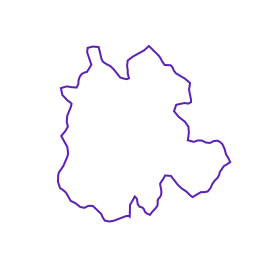 Erzurum, Natural Earth projection, rotated 70°
{"feature_id": "TUR-2299", "entity_name": "Erzurum", "entity_type": "Province", "adm_level": 1, "iso_a3": "TUR", "parent_name": "Turkey", "parent_adm1": "", "projection": "natural_earth1", "projection_center": [41.622, 40.047], "detail": "fine", "context": "isolated", "style": "outline", "palette": "violet", "viewbox_px": 256, "rotation_deg": 70, "n_neighbors": 0, "source": "natural_earth", "source_scale": "10m", "svg_char_len": 1818}
<svg xmlns="http://www.w3.org/2000/svg" viewBox="0 0 256 256"><g transform="rotate(70 128 128)"><path d="M207.1,181.4L205.5,181.9L202.7,182.4L199.7,182.5L189.2,187.7L187.6,191.9L188.1,196.3L185.9,199.9L180.6,203.1L179.1,204.7L176.8,206.8L167.4,208.4L164.2,210.2L161.2,212.4L154.5,212.2L148.0,209.5L146.1,208.1L141.7,201.9L134.1,194.7L131.2,192.9L125.1,191.5L112.7,193.5L109.5,188.0L106.1,184.0L101.4,183.5L95.7,180.9L88.2,174.1L85.8,172.7L83.6,173.9L81.4,175.5L74.5,178.4L67.6,177.4L67.9,171.5L70.6,166.5L72.4,162.5L69.9,159.7L66.7,158.4L63.8,156.3L62.4,154.6L61.3,152.6L61.0,150.0L61.2,147.3L56.1,140.8L42.9,140.5L38.9,138.5L39.5,133.0L41.9,127.9L54.4,129.3L57.2,128.9L60.6,126.4L63.9,123.3L68.2,121.3L77.8,118.1L79.9,115.5L81.8,112.1L81.6,110.1L76.5,109.6L74.3,108.7L69.3,107.6L64.5,105.2L62.6,99.2L60.5,86.1L58.1,80.3L70.5,74.4L73.6,73.6L76.7,73.2L81.3,72.0L83.6,66.5L86.3,65.4L89.7,65.3L93.0,64.3L101.1,57.6L107.0,54.3L113.0,57.6L122.4,59.0L125.2,59.9L125.7,63.0L123.8,66.5L122.7,74.7L127.9,79.0L135.0,76.5L141.5,72.4L147.5,70.8L153.5,72.5L160.0,76.0L163.5,71.0L163.6,66.6L165.1,62.8L168.2,59.9L170.1,56.0L169.6,51.9L170.6,48.1L172.9,46.1L175.6,44.8L180.8,44.4L186.0,44.9L190.6,44.0L195.1,43.6L196.6,50.9L200.6,56.6L203.4,58.5L205.6,61.1L207.2,64.8L209.5,68.0L212.6,70.9L214.9,74.8L214.4,78.2L213.2,81.4L215.0,91.0L212.0,92.9L208.8,94.3L206.2,95.9L203.7,97.9L198.9,100.5L187.7,104.1L185.3,109.3L188.0,112.4L189.7,115.0L191.5,117.0L198.1,118.1L200.6,118.9L202.9,120.4L204.2,122.1L205.2,124.1L206.5,125.1L208.0,125.5L211.0,126.8L213.0,129.7L214.9,133.6L217.1,137.1L215.0,139.4L212.5,140.8L210.5,140.8L209.4,140.9L207.7,141.7L206.0,144.0L203.2,144.9L197.4,143.9L194.7,145.0L201.0,152.4L211.9,156.7L210.9,157.4L210.1,159.9L210.3,173.0L209.5,177.5L207.1,181.4Z" fill="none" stroke="#5b21b6" stroke-width="2"/></g></svg>